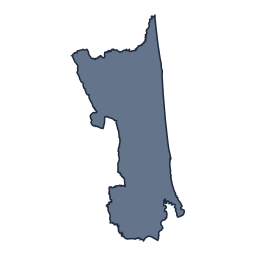 outline of Tha Sala, Nakhon Si Thammarat, Thailand
{"feature_id": "78962969B88164862603856", "entity_name": "Tha Sala", "entity_type": "district", "adm_level": 2, "iso_a3": "THA", "parent_name": "Thailand", "parent_adm1": "Nakhon Si Thammarat", "projection": "equal_earth", "projection_center": [99.868, 8.707], "detail": "fine", "context": "isolated", "style": "filled", "palette": "slate", "viewbox_px": 256, "rotation_deg": 0, "n_neighbors": 0, "source": "geoboundaries", "source_scale": "gbopen_adm2", "svg_char_len": 5859}
<svg xmlns="http://www.w3.org/2000/svg" viewBox="0 0 256 256"><path d="M184.2,210.4L182.3,209.3L180.7,208.9L180.7,207.6L182.0,206.6L182.0,205.9L180.4,202.8L178.3,200.1L177.8,198.9L177.7,197.6L176.8,197.4L176.6,195.9L176.1,196.0L175.7,195.8L175.3,194.6L175.7,193.8L174.0,190.5L171.8,182.9L171.9,182.3L171.3,180.9L171.5,180.6L170.9,178.6L171.1,178.4L170.7,176.2L171.1,176.0L170.4,173.0L170.3,171.5L170.6,171.3L169.7,164.4L169.9,163.9L170.0,160.6L170.7,158.9L169.9,158.9L170.3,157.7L170.7,157.7L168.8,149.2L167.9,142.9L165.3,119.5L163.1,93.1L163.0,90.0L162.9,89.9L162.1,75.8L162.3,70.7L161.5,68.8L161.1,63.4L160.0,58.0L157.9,44.2L155.4,22.6L155.5,21.7L155.2,21.4L154.9,15.4L154.4,15.8L153.9,17.0L152.0,16.1L151.5,16.2L151.3,16.8L152.0,18.1L151.9,18.8L150.0,19.1L149.6,19.6L149.8,21.6L148.9,23.0L148.8,23.6L149.2,25.7L149.1,26.6L148.2,28.3L146.7,29.6L146.3,31.1L146.8,32.3L146.5,34.1L146.3,34.5L145.6,34.6L145.3,35.1L145.4,35.7L146.0,35.9L145.6,37.2L145.3,37.5L146.1,37.9L145.6,39.3L145.7,40.8L145.2,41.4L145.0,41.0L144.9,41.9L144.3,42.4L144.0,42.2L143.6,43.0L143.4,42.9L142.3,44.6L141.9,44.3L141.3,45.3L141.0,45.0L140.3,45.6L138.4,45.8L137.7,47.5L136.7,48.1L136.8,48.8L135.8,49.0L135.8,49.4L135.5,49.3L135.6,50.6L132.8,50.6L130.9,51.4L129.7,51.1L129.4,51.2L129.5,49.7L129.3,49.4L128.7,50.0L127.4,50.0L127.0,50.5L126.4,50.6L126.2,49.7L125.8,50.2L125.1,49.9L124.6,50.3L123.2,50.5L122.5,51.4L119.8,52.1L119.2,51.6L117.7,51.0L117.3,50.3L116.7,49.9L115.2,50.3L114.2,49.6L113.4,49.7L113.3,49.4L112.7,49.8L112.2,49.3L112.0,49.7L110.9,50.3L110.9,51.4L110.4,51.5L110.1,50.6L109.8,50.7L110.0,51.2L109.7,51.4L108.9,50.7L108.2,51.9L107.6,51.4L107.4,52.0L106.7,51.9L106.5,52.5L105.6,52.7L105.3,52.2L104.8,52.3L104.6,53.2L104.6,56.9L104.2,57.6L103.8,57.9L102.4,57.5L101.7,56.3L100.7,55.8L100.5,56.5L99.6,56.2L99.4,56.6L98.5,56.9L98.4,57.6L98.1,57.5L97.3,58.2L96.0,58.3L95.6,58.6L95.8,59.1L95.2,59.5L94.7,59.4L94.2,58.7L93.8,58.8L93.2,58.3L92.5,58.6L91.3,58.4L91.0,57.6L89.1,54.9L88.5,53.5L88.6,52.8L88.4,52.1L88.0,51.4L87.6,50.1L86.8,49.3L85.1,50.1L84.1,49.9L83.2,49.4L82.6,49.4L81.1,50.2L80.0,50.2L78.9,50.8L77.4,50.8L77.1,51.2L77.1,52.7L76.2,52.8L75.6,52.5L74.6,52.8L73.8,53.7L73.3,53.9L72.5,55.5L71.8,55.7L72.7,56.7L73.3,58.4L74.7,61.1L74.9,61.9L76.1,63.1L76.6,64.2L77.5,64.8L77.9,66.3L77.6,68.9L77.9,70.3L77.0,72.5L79.3,77.0L79.6,78.6L81.2,81.8L83.2,83.2L83.1,85.4L83.8,88.0L85.0,88.8L85.1,90.3L85.9,91.7L86.1,93.1L87.2,94.6L87.5,94.8L88.9,94.7L89.1,97.9L90.7,101.4L92.3,103.9L92.7,106.0L93.9,107.9L94.2,107.8L94.8,108.3L95.0,108.8L94.7,109.1L96.0,110.6L96.3,111.4L96.9,111.5L96.7,112.3L96.0,112.8L94.0,112.5L93.0,112.7L90.4,115.2L90.3,116.5L90.8,118.7L91.7,120.0L91.0,122.6L92.0,124.7L93.5,125.9L94.7,125.6L95.4,126.4L97.4,126.3L97.8,126.9L98.3,126.8L100.5,128.0L103.0,128.5L103.2,128.2L104.5,122.6L104.7,117.0L105.0,116.7L105.8,116.6L106.8,117.0L107.8,116.6L108.5,117.4L112.6,118.7L114.3,120.0L114.4,120.4L116.5,120.8L116.1,122.9L116.9,125.2L117.8,129.3L118.5,130.5L118.7,132.6L119.1,134.5L119.1,137.5L119.8,137.9L119.9,140.4L120.1,140.8L119.5,144.6L119.3,144.8L119.5,146.7L119.4,146.9L119.1,146.7L118.3,149.0L118.4,150.2L118.1,151.4L118.8,152.0L118.5,154.9L119.1,157.0L119.4,159.6L117.9,163.5L117.9,166.0L118.1,167.2L117.8,171.9L118.5,171.8L119.0,172.7L119.6,172.7L119.6,173.2L120.0,173.2L120.3,173.8L120.6,173.9L120.7,174.4L120.9,174.4L120.7,174.8L121.0,174.8L121.7,176.4L122.1,176.5L122.5,177.0L122.6,176.8L123.3,177.2L123.9,178.4L124.3,178.5L125.0,185.7L125.4,186.1L125.1,186.3L124.8,186.0L124.6,186.2L124.0,185.5L122.4,185.9L121.8,185.6L121.6,185.9L121.2,185.5L120.9,186.1L120.6,186.1L120.0,185.4L119.5,185.3L118.6,185.8L116.4,185.9L115.8,186.5L115.5,186.3L115.4,187.0L114.8,186.6L114.1,186.7L113.6,187.5L111.8,187.7L110.8,186.7L110.0,187.3L109.4,187.2L109.1,187.5L109.4,191.5L109.1,191.8L109.4,193.0L108.8,193.3L109.1,194.2L110.0,195.3L110.0,196.6L109.7,197.2L110.2,198.0L110.2,199.3L111.6,199.8L111.6,202.0L111.3,202.1L110.6,201.5L110.2,201.5L110.0,202.7L108.9,202.6L109.2,203.2L109.3,204.2L108.7,204.4L108.1,204.1L107.7,204.8L106.6,205.1L106.4,205.7L107.0,206.0L107.3,206.9L107.9,206.6L108.1,209.7L108.6,211.9L110.1,214.8L110.2,216.6L109.8,217.6L109.9,219.6L110.5,220.9L110.2,222.8L113.1,222.9L113.0,223.3L113.5,223.4L114.0,224.3L114.5,224.7L115.6,224.1L115.9,224.6L116.5,224.3L116.9,224.9L117.2,224.0L117.5,224.1L117.8,225.0L117.6,225.6L117.6,226.1L118.3,225.7L118.7,225.8L118.7,226.2L118.2,226.2L118.0,227.0L118.7,227.9L118.3,228.8L118.3,229.4L118.6,229.8L118.5,231.1L119.8,233.2L120.8,233.4L121.4,232.4L121.8,232.5L122.8,234.1L122.2,234.6L121.4,234.6L121.6,235.9L121.9,235.9L122.2,235.3L122.7,236.3L123.3,236.0L124.4,237.6L126.2,238.8L126.7,238.6L127.3,239.0L131.2,238.6L131.8,238.8L132.8,238.6L134.0,238.7L134.7,239.1L135.8,239.0L136.1,238.5L138.0,238.0L138.2,238.3L138.5,237.9L140.3,238.7L140.3,239.4L140.7,239.1L141.4,239.2L142.2,239.9L143.4,239.7L143.7,240.6L144.6,239.1L145.8,237.6L148.2,236.3L149.6,236.2L151.6,236.9L157.7,240.3L158.6,238.1L158.5,236.8L158.7,235.7L158.9,235.5L158.6,235.1L158.8,234.1L158.6,233.0L158.8,232.2L159.8,230.9L161.3,230.2L162.8,228.2L162.4,226.6L160.8,224.2L160.7,223.3L161.1,222.2L161.7,221.1L162.4,220.5L165.1,219.6L165.4,219.2L165.6,217.9L166.4,218.0L166.7,217.6L166.6,216.7L167.0,214.1L166.4,211.6L166.0,211.2L164.9,211.6L164.4,210.8L165.0,208.8L166.3,207.8L166.3,207.1L165.6,205.8L164.0,205.7L163.6,205.2L164.0,203.2L164.0,200.3L164.3,199.6L165.0,199.1L165.5,200.2L165.5,200.7L164.9,201.9L165.2,202.9L165.6,203.4L166.6,203.3L166.9,202.7L166.9,201.3L167.9,201.0L169.1,202.1L169.0,203.6L169.9,203.5L170.5,202.7L171.2,202.5L171.8,203.1L171.5,204.6L171.9,205.0L174.2,204.2L175.1,204.7L175.0,206.1L174.5,206.7L174.4,207.2L175.9,208.8L175.5,210.2L176.7,213.2L176.9,215.5L177.6,216.9L178.7,217.0L179.8,216.5L182.2,215.4L183.2,214.7L183.8,213.6L184.2,212.0L184.2,210.4Z" fill="#64748b" stroke="#1e293b" stroke-width="1.5"/></svg>